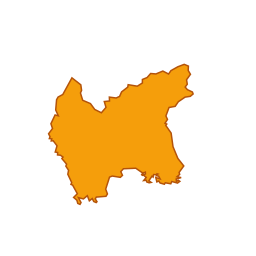 outline of Riachinho, Minas Gerais, Brazil, rotated 143°
{"feature_id": "56859067B25318605217705", "entity_name": "Riachinho", "entity_type": "district", "adm_level": 2, "iso_a3": "BRA", "parent_name": "Brazil", "parent_adm1": "Minas Gerais", "projection": "orthographic", "projection_center": [-45.926, -16.273], "detail": "medium", "context": "isolated", "style": "filled", "palette": "amber", "viewbox_px": 256, "rotation_deg": 143, "n_neighbors": 0, "source": "geoboundaries", "source_scale": "gbopen_adm2", "svg_char_len": 1871}
<svg xmlns="http://www.w3.org/2000/svg" viewBox="0 0 256 256"><g transform="rotate(143 128 128)"><path d="M133.1,73.5L134.0,72.8L132.5,71.1L133.0,68.0L135.6,71.7L137.4,67.6L135.3,67.1L135.5,64.8L132.8,61.2L131.2,61.8L127.4,57.7L125.2,58.9L121.6,54.2L118.7,54.2L119.3,56.1L121.5,56.2L120.2,58.3L115.4,56.4L118.2,59.6L114.7,59.8L113.9,61.8L106.3,64.1L106.5,73.7L103.3,86.0L96.6,98.0L96.3,107.3L94.7,107.8L95.6,109.5L91.3,111.1L90.5,114.8L82.9,119.7L77.3,116.9L72.0,118.7L63.8,118.3L59.2,115.8L55.5,116.0L54.9,118.0L57.5,122.9L57.7,126.3L54.3,127.3L52.2,131.3L45.8,133.3L45.3,137.7L42.5,141.1L44.8,145.0L51.3,146.9L59.1,148.0L63.1,146.7L65.9,152.5L73.2,154.4L77.1,157.9L82.4,156.8L87.3,158.1L89.4,155.3L95.4,155.8L101.8,162.5L103.6,160.8L111.4,160.7L115.7,158.3L119.4,159.1L124.3,163.9L126.5,160.7L131.0,163.4L133.2,157.7L140.1,156.2L143.4,162.8L143.3,170.1L147.5,177.4L144.9,184.6L142.4,186.0L139.7,190.9L142.6,201.8L159.9,194.0L165.2,194.8L168.0,193.6L174.9,185.9L176.3,179.7L178.4,182.3L187.0,177.8L188.6,173.0L194.9,171.2L195.5,168.0L197.2,166.9L195.4,165.2L197.1,163.9L195.4,162.8L195.4,156.5L200.6,152.6L198.9,150.8L200.5,148.9L198.3,146.9L197.4,143.9L199.2,143.4L198.8,136.1L200.6,134.9L200.9,130.0L203.9,127.3L205.8,118.3L207.5,117.3L206.6,115.7L208.0,106.0L213.2,105.3L212.3,101.1L213.5,98.0L212.3,95.9L210.4,96.7L209.5,102.3L206.3,98.2L201.2,98.4L202.7,93.1L199.0,93.2L199.6,89.9L198.3,87.6L197.1,87.8L196.8,91.1L194.9,91.9L186.7,86.7L184.1,87.7L182.6,92.6L172.3,99.9L169.5,99.1L163.8,93.2L160.9,93.5L160.0,97.5L156.2,98.2L146.0,91.2L143.3,83.0L140.7,82.3L141.7,80.8L144.0,81.1L143.2,77.6L147.1,76.6L144.9,75.3L145.5,73.6L144.1,71.5L142.2,70.6L143.1,73.3L137.8,75.1L137.5,73.7L135.6,75.4L133.1,73.5ZM133.1,73.5L132.4,74.0L131.9,73.3L133.1,73.5ZM143.3,83.0L145.2,82.5L145.0,81.5L144.0,81.1L143.3,83.0Z" fill="#f59e0b" stroke="#b45309" stroke-width="1.5"/></g></svg>